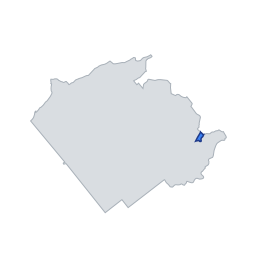 location of Buram, Southern Darfur, Sudan, rotated 232°
{"feature_id": "16777658B28433170293690", "entity_name": "Buram", "entity_type": "district", "adm_level": 2, "iso_a3": "SDN", "parent_name": "Sudan", "parent_adm1": "Southern Darfur", "projection": "orthographic", "projection_center": [25.179, 10.759], "detail": "fine", "context": "in_parent", "style": "filled", "palette": "blue", "viewbox_px": 256, "rotation_deg": 232, "n_neighbors": 0, "source": "geoboundaries", "source_scale": "gbopen_adm2", "svg_char_len": 4199}
<svg xmlns="http://www.w3.org/2000/svg" viewBox="0 0 256 256"><g transform="rotate(232 128 128)"><path d="M171.7,191.0L169.7,191.1L169.5,190.6L169.5,189.3L169.7,188.3L170.4,186.7L170.2,185.9L170.3,184.7L169.7,183.3L164.9,179.4L163.9,178.4L161.4,177.4L161.8,176.3L160.5,168.2L161.0,167.2L161.1,165.8L161.1,164.5L161.6,162.4L161.7,161.5L156.7,161.6L156.6,162.5L156.9,163.5L156.9,163.9L149.9,164.1L152.8,167.2L153.0,168.6L152.9,170.4L152.9,171.5L153.1,172.2L153.9,173.6L153.8,173.9L153.7,174.3L148.8,178.6L148.0,180.6L147.4,181.7L146.0,183.5L141.5,188.1L140.8,188.4L137.3,188.6L137.0,188.8L136.7,189.0L136.6,188.9L133.6,186.3L128.5,183.2L125.2,184.9L124.3,185.5L124.3,187.1L123.9,187.9L123.0,188.7L120.5,189.3L119.3,189.8L117.8,190.7L116.3,192.2L116.2,192.9L116.4,193.6L107.9,193.7L107.3,193.1L106.1,190.7L105.2,190.9L97.5,190.7L96.4,190.9L94.2,191.9L93.1,192.1L91.9,191.7L87.9,186.9L87.0,186.4L86.1,185.2L85.2,184.7L84.9,184.4L84.8,183.9L84.8,182.8L84.5,182.2L83.9,182.0L78.5,183.1L77.7,183.0L76.5,183.2L76.1,183.4L75.7,184.0L75.6,185.3L75.5,186.0L75.0,186.7L73.5,188.3L73.1,189.0L73.2,190.8L73.1,191.7L72.9,192.1L72.2,192.8L72.0,193.2L71.7,195.4L70.8,196.8L70.6,197.3L70.6,198.3L70.4,198.6L68.0,199.4L67.0,199.9L66.5,200.6L66.3,201.0L65.3,200.7L63.9,200.5L61.3,200.2L60.3,199.8L59.8,199.3L60.0,197.9L59.7,197.6L59.3,197.4L59.0,196.8L59.1,196.1L60.5,194.5L60.8,193.6L61.1,189.7L61.0,188.4L60.0,186.2L57.5,182.3L56.9,181.6L53.9,178.4L53.5,177.9L52.8,176.6L53.6,173.6L53.7,172.8L53.5,172.0L52.7,171.3L52.0,171.3L51.1,170.5L50.5,170.1L50.0,169.4L49.6,168.4L49.9,165.0L49.7,164.5L49.0,164.4L48.8,164.1L48.8,163.5L48.4,161.5L48.0,159.9L48.2,159.0L47.6,157.7L46.3,157.2L43.9,157.6L43.1,157.5L42.6,157.3L42.2,156.8L42.1,156.3L42.2,155.5L42.9,154.0L43.8,152.8L45.6,151.7L46.1,151.1L46.4,150.5L46.4,149.7L46.3,149.0L46.1,148.2L45.6,147.3L45.1,146.2L45.1,145.4L45.4,144.9L45.9,144.2L47.6,143.0L49.4,141.9L49.7,141.6L49.6,141.1L48.8,140.2L48.6,138.5L48.1,137.4L49.0,136.5L49.7,136.2L50.7,135.9L51.2,135.5L51.3,134.8L51.3,134.1L51.6,133.6L52.2,132.6L52.6,132.1L53.9,130.8L54.2,130.0L54.3,129.2L54.0,126.8L54.8,125.8L55.8,125.0L57.2,125.1L59.5,124.9L61.0,124.6L62.1,124.6L64.5,125.0L64.8,124.9L64.9,124.2L65.2,79.1L75.2,79.1L75.3,79.0L75.3,57.9L137.6,57.3L138.1,57.2L139.0,55.2L139.4,55.0L140.0,55.2L140.3,55.6L139.8,57.2L193.5,55.6L193.8,58.0L194.4,60.0L196.2,62.7L197.6,64.1L198.1,64.9L198.1,65.3L198.1,65.6L197.7,65.2L197.0,65.0L197.0,66.3L197.5,68.9L198.2,70.8L197.9,72.5L198.2,75.4L199.2,78.9L199.2,81.1L200.7,86.3L202.0,89.1L202.6,89.8L203.3,90.2L204.6,90.4L206.7,91.8L208.3,93.3L208.9,94.1L209.7,94.9L210.2,94.8L210.5,94.5L211.0,95.2L213.5,96.7L213.9,97.4L213.1,98.1L212.2,99.4L211.8,100.6L211.6,100.9L210.8,101.7L210.7,102.0L210.4,102.3L210.0,102.3L209.2,102.7L208.4,102.6L207.7,102.9L207.5,103.2L206.9,103.4L206.1,103.6L204.9,104.6L203.8,105.1L203.4,105.5L203.0,107.5L202.6,108.0L201.0,108.1L200.2,108.3L199.1,108.1L198.5,108.2L198.4,108.6L198.3,110.2L198.4,111.0L197.6,112.9L198.1,116.4L197.3,119.1L197.2,119.7L196.4,121.8L196.0,122.6L195.1,126.6L194.7,127.8L193.8,129.1L195.3,138.5L194.6,141.4L194.7,143.0L194.2,145.3L193.8,146.4L193.1,147.7L192.5,149.2L192.1,151.1L191.9,154.8L191.7,155.1L188.8,155.7L187.8,155.9L187.2,156.4L186.5,157.3L185.1,159.9L184.3,161.5L183.2,163.7L181.8,165.3L181.5,166.0L181.3,167.4L180.8,169.6L180.4,171.1L180.5,172.4L180.1,174.6L180.2,175.6L179.7,176.2L179.0,176.8L178.6,176.9L176.5,175.6L175.0,176.6L174.1,178.0L173.5,179.4L174.0,182.4L173.9,183.1L173.8,183.8L172.4,186.8L172.1,188.1L171.7,190.5L171.7,191.0Z" fill="#d9dde1" stroke="#a8b0b8" stroke-width="1"/><path d="M76.3,183.6L76.4,183.4L76.5,183.3L76.5,183.2L76.8,183.2L77.0,183.0L77.3,183.0L77.5,183.0L77.6,182.9L77.8,182.9L78.0,182.9L78.4,182.9L78.5,182.9L78.8,182.9L79.0,182.9L79.3,182.7L79.5,182.7L79.8,182.6L80.0,182.6L79.9,182.5L79.7,181.8L79.4,181.1L79.3,180.9L78.3,178.3L78.0,177.5L77.7,176.8L76.5,174.2L76.4,174.0L76.0,173.2L75.8,173.8L75.6,174.1L75.2,174.9L75.0,175.3L74.7,176.0L73.9,176.2L73.8,176.3L73.4,176.2L73.3,176.3L73.1,176.6L72.6,177.0L72.7,177.7L74.0,178.4L74.7,179.2L75.0,179.8L75.1,180.7L75.2,181.7L75.7,182.6L76.2,183.4L76.3,183.6Z" fill="#3b82f6" stroke="#1e3a8a" stroke-width="1.5"/></g></svg>